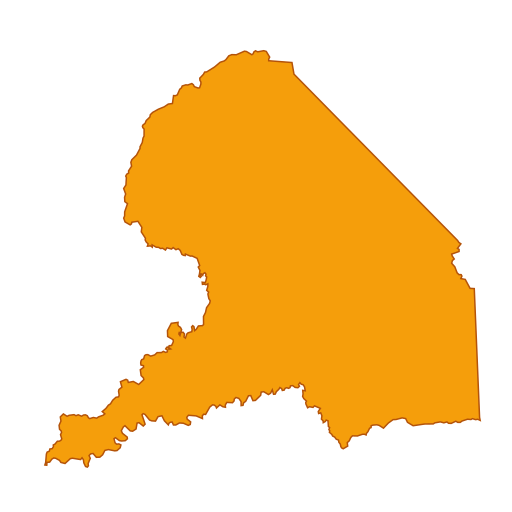 outline of Cotegipe, Bahia, Brazil, rotated 178°
{"feature_id": "56859067B54877726124258", "entity_name": "Cotegipe", "entity_type": "district", "adm_level": 2, "iso_a3": "BRA", "parent_name": "Brazil", "parent_adm1": "Bahia", "projection": "orthographic", "projection_center": [-44.17, -11.737], "detail": "fine", "context": "isolated", "style": "filled", "palette": "amber", "viewbox_px": 512, "rotation_deg": 178, "n_neighbors": 0, "source": "geoboundaries", "source_scale": "gbopen_adm2", "svg_char_len": 5965}
<svg xmlns="http://www.w3.org/2000/svg" viewBox="0 0 512 512"><g transform="rotate(178 256 256)"><path d="M213.3,448.1L236.5,450.7L236.4,452.4L235.4,454.3L238.6,460.1L241.1,460.9L247.2,460.0L249.4,461.1L251.1,459.9L251.7,458.3L253.1,457.3L258.4,460.7L260.4,461.1L268.7,457.8L273.2,458.1L276.2,457.0L279.3,453.2L281.1,452.0L285.0,450.9L290.9,446.3L298.9,441.7L300.9,441.6L302.2,439.4L306.0,435.7L305.9,433.5L305.0,431.8L305.1,429.7L306.5,426.1L308.0,425.9L311.7,427.4L312.6,429.3L314.1,430.6L318.2,429.3L320.2,429.5L323.8,428.5L324.7,426.6L326.4,425.3L329.0,419.8L330.9,419.0L332.8,419.2L334.2,411.3L338.4,410.9L342.5,408.3L348.5,406.1L354.3,403.1L356.7,400.9L357.2,398.6L361.0,395.2L362.3,392.3L364.2,391.1L365.0,389.7L364.6,388.2L363.4,386.7L363.7,379.7L364.8,377.8L365.7,373.4L368.1,369.2L368.1,367.6L371.9,361.0L376.7,356.6L377.8,354.0L377.2,350.1L380.4,345.5L380.4,343.3L382.3,342.3L383.4,340.4L382.8,338.9L383.5,331.5L385.9,328.1L384.1,322.5L385.3,319.2L385.2,314.9L382.6,312.8L385.7,304.7L385.9,300.6L386.9,298.5L385.7,294.6L380.7,291.5L379.4,292.4L378.9,294.1L372.8,294.8L369.1,288.6L369.8,284.1L365.9,277.6L366.2,275.9L365.2,273.8L363.4,271.9L364.2,269.6L361.1,269.8L359.4,268.5L359.4,270.7L355.5,268.3L352.9,268.0L351.2,266.8L349.0,267.0L346.3,265.1L344.7,267.3L340.2,265.9L338.5,267.3L335.8,265.1L333.5,266.0L331.6,264.3L330.0,260.2L328.4,259.2L326.7,258.9L326.5,260.4L321.6,258.2L319.8,258.2L314.9,255.7L312.6,248.4L314.1,247.0L312.5,243.5L313.2,239.7L311.5,240.1L309.9,238.6L309.4,240.1L307.7,241.1L306.6,239.6L307.1,237.9L306.0,236.8L306.8,233.3L307.7,231.2L310.7,231.7L310.5,229.5L308.5,229.7L307.2,229.0L305.1,229.9L305.2,227.3L306.5,223.4L304.6,221.6L305.4,219.7L305.1,217.7L304.6,215.0L303.3,212.8L304.0,210.3L307.2,206.1L308.5,201.2L310.6,197.4L310.8,189.4L311.9,188.3L316.0,188.1L318.4,184.7L319.9,183.6L320.5,187.6L321.7,188.6L322.9,187.3L322.4,185.0L322.8,182.6L326.6,181.6L327.9,180.4L329.4,176.4L330.8,177.6L330.2,180.6L331.6,182.4L333.9,182.1L332.9,185.0L334.0,187.3L335.9,188.7L336.5,190.2L336.2,192.4L343.0,191.7L347.1,184.5L347.1,178.6L341.8,175.3L341.6,173.2L343.5,169.5L345.9,169.4L346.6,167.6L348.4,167.9L349.5,166.3L347.7,165.0L348.0,163.3L349.7,162.8L351.9,163.9L353.9,162.8L358.2,162.9L360.7,160.7L364.7,159.6L367.5,161.2L369.3,161.2L370.8,160.4L371.9,157.1L373.8,156.4L374.6,155.1L375.0,153.1L374.8,151.1L372.3,150.3L372.2,148.7L375.6,146.4L375.0,140.5L372.8,138.2L372.4,136.4L377.7,131.7L383.0,134.9L388.0,134.1L388.6,136.4L390.2,137.3L395.9,135.1L394.6,129.6L397.6,127.4L398.1,125.7L397.6,121.6L398.3,120.0L400.9,119.7L404.2,116.9L406.6,113.3L408.7,112.1L411.3,108.9L415.1,105.9L412.6,103.5L414.3,102.2L418.8,100.8L420.9,99.5L424.2,100.3L427.9,99.3L429.1,100.2L430.2,102.3L431.9,103.2L433.9,103.1L435.9,102.0L439.2,103.5L441.5,102.7L443.4,103.8L448.4,103.3L450.4,102.4L454.0,104.9L457.2,102.0L456.7,97.8L458.7,93.7L458.4,89.7L456.8,88.0L456.5,86.4L457.6,84.3L456.5,80.0L457.3,78.7L458.9,77.8L461.0,77.8L463.5,75.0L465.2,74.2L465.1,72.5L466.4,70.6L468.8,70.3L469.3,68.2L471.6,67.3L472.4,65.4L473.4,57.0L469.4,57.2L467.1,60.1L465.2,61.2L463.2,60.8L459.5,58.6L458.2,56.5L454.1,55.3L448.6,60.0L446.5,60.3L438.4,58.7L436.9,60.4L435.6,58.4L435.3,55.3L433.7,51.6L431.9,50.9L430.8,52.2L431.0,54.4L428.7,59.6L429.8,62.4L428.2,64.0L425.7,64.3L422.6,60.4L419.1,60.4L416.2,62.7L413.8,67.0L410.3,67.7L403.9,66.2L401.7,66.4L398.4,69.1L397.6,71.9L399.6,73.0L401.9,72.8L403.4,74.3L404.3,78.4L402.8,79.3L399.0,76.3L396.8,75.8L393.1,76.0L390.9,77.8L391.0,79.5L395.7,83.5L396.7,86.1L394.6,89.7L392.9,91.0L387.8,85.6L385.4,85.2L381.9,87.3L380.7,93.2L378.7,93.5L374.6,90.0L372.7,91.8L375.5,101.3L374.3,102.4L372.5,101.6L368.1,95.8L366.0,94.9L362.2,94.5L359.5,98.9L355.6,99.6L353.3,94.5L349.5,90.3L348.9,91.8L347.5,92.8L345.6,93.0L344.4,90.0L342.1,89.9L338.3,91.8L334.4,91.4L329.6,89.1L327.6,89.9L327.1,92.5L330.5,95.4L330.8,97.2L329.1,99.2L321.4,98.3L315.2,95.4L315.2,98.2L313.8,99.7L311.9,99.4L307.5,106.6L304.6,108.8L302.8,108.4L301.3,107.1L300.8,105.5L297.3,108.5L294.4,106.5L291.8,105.9L291.9,108.1L290.3,110.7L284.6,110.2L283.0,111.9L282.7,113.8L281.0,115.3L278.1,114.3L276.0,111.0L276.1,107.0L274.2,107.2L273.5,109.7L271.4,111.1L268.4,116.6L266.1,116.7L264.1,111.5L261.6,111.7L256.2,116.6L255.6,119.8L253.0,120.1L248.4,117.1L246.2,118.4L244.4,121.7L243.3,117.2L241.6,117.3L240.4,119.7L237.9,121.9L236.7,123.7L235.0,122.6L234.4,120.7L232.5,121.0L231.6,122.7L230.0,123.3L228.0,122.6L226.6,123.3L226.1,125.0L223.8,125.2L221.5,123.3L218.7,122.9L217.1,124.3L218.0,126.0L216.6,127.9L215.3,126.3L213.4,125.7L212.1,123.6L211.5,119.6L214.0,120.1L213.8,116.5L214.3,114.0L213.2,111.8L210.6,109.2L211.4,107.9L211.3,106.4L209.7,102.5L207.8,103.5L204.3,102.7L202.8,104.2L197.0,101.5L199.2,98.4L198.9,96.4L196.8,97.0L195.7,94.0L196.3,90.7L194.7,88.9L194.6,87.1L192.5,88.2L191.6,89.6L189.8,88.8L189.6,83.1L188.4,81.9L189.2,80.0L188.4,78.7L188.8,77.2L186.5,75.1L185.7,73.4L183.7,72.3L182.2,70.1L180.0,69.2L179.7,67.0L178.3,65.0L177.9,62.7L177.2,61.3L175.6,60.3L171.0,62.8L171.3,66.3L169.3,68.0L167.6,71.3L165.9,72.9L160.9,72.6L155.9,74.1L153.9,74.1L152.2,73.3L151.8,74.9L150.3,76.5L148.5,79.9L147.0,80.5L146.8,82.4L145.2,82.9L141.1,83.1L138.8,82.4L134.6,79.5L129.5,84.5L124.7,87.7L121.9,87.7L115.6,89.1L112.1,88.3L110.4,84.5L104.9,80.9L93.5,82.2L84.7,82.0L83.1,83.0L77.5,83.8L74.1,82.7L71.0,83.5L69.4,82.1L66.7,81.9L62.1,83.9L60.2,82.7L57.7,82.6L55.8,83.9L50.3,85.5L46.9,85.1L45.3,85.9L42.3,84.8L40.0,85.1L37.7,83.9L38.2,86.9L39.0,215.8L43.2,216.2L47.7,225.3L52.1,226.3L50.9,228.7L51.6,230.2L53.8,230.3L55.6,232.2L57.7,238.3L60.7,241.9L59.9,244.6L58.0,246.1L59.9,249.2L60.4,251.1L52.9,253.4L52.8,255.5L54.4,256.6L50.8,261.0L52.8,262.5L54.0,264.5L211.7,436.4L213.3,448.1ZM333.9,182.1L334.8,179.2L335.8,180.7L335.4,182.3L333.9,182.1ZM346.6,167.6L344.6,166.1L346.2,165.9L346.6,167.6ZM313.2,239.7L313.9,237.7L312.4,236.5L311.3,237.7L313.2,239.7ZM473.4,57.0L474.3,54.5L472.4,54.2L472.2,55.8L473.4,57.0Z" fill="#f59e0b" stroke="#b45309" stroke-width="1.5"/></g></svg>